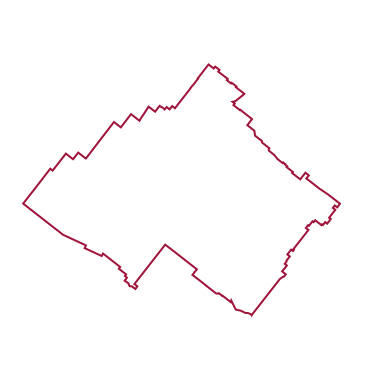 the district of Bruce Rock, Western Australia, Australia, rotated 218°
{"feature_id": "25037944B90464299025642", "entity_name": "Bruce Rock", "entity_type": "district", "adm_level": 2, "iso_a3": "AUS", "parent_name": "Australia", "parent_adm1": "Western Australia", "projection": "mercator", "projection_center": [117.956, -31.966], "detail": "fine", "context": "isolated", "style": "outline", "palette": "rose", "viewbox_px": 384, "rotation_deg": 218, "n_neighbors": 0, "source": "geoboundaries", "source_scale": "gbopen_adm2", "svg_char_len": 4827}
<svg xmlns="http://www.w3.org/2000/svg" viewBox="0 0 384 384"><g transform="rotate(218 192 192)"><path d="M69.1,131.5L69.2,132.2L69.2,134.1L69.2,135.4L69.2,138.5L69.2,140.8L69.2,142.0L69.2,143.5L69.2,146.5L69.2,147.3L69.2,150.9L69.2,152.3L69.2,157.3L69.2,160.7L69.2,161.4L69.2,162.1L69.2,163.2L69.2,164.5L69.2,165.4L69.2,167.7L69.2,170.0L69.2,170.7L69.2,174.5L69.2,175.6L69.2,176.0L69.2,176.6L69.2,176.9L69.2,177.1L69.2,177.3L69.2,177.5L69.1,177.9L68.9,178.5L68.5,180.0L68.1,181.1L68.1,181.3L68.0,181.5L67.9,181.6L67.6,181.8L67.4,182.0L67.4,184.9L67.5,184.9L68.2,184.9L70.7,184.9L72.1,184.9L72.1,185.8L72.1,186.9L72.1,187.0L72.1,187.5L72.1,187.8L72.1,188.0L72.0,188.5L72.0,192.5L74.7,192.5L74.7,192.8L74.7,194.6L74.7,195.3L74.8,195.5L75.0,195.8L75.2,196.0L75.3,196.1L75.3,197.1L75.3,197.9L75.3,198.4L75.3,199.2L75.3,200.0L75.3,201.5L78.4,201.5L78.4,207.6L76.1,207.6L76.1,209.2L76.9,209.2L76.9,209.3L76.9,221.9L76.9,233.7L80.1,233.7L80.1,237.3L79.0,237.3L79.0,243.1L77.6,243.1L77.6,245.6L75.2,245.6L69.6,245.6L69.6,246.6L68.5,246.6L68.5,250.3L66.0,250.3L66.0,256.1L68.1,256.1L68.1,261.1L68.1,263.2L68.1,266.2L70.0,266.2L71.2,266.2L71.2,269.3L68.1,269.3L68.1,270.8L68.2,273.9L72.1,273.9L80.7,273.8L82.1,273.9L93.7,273.1L107.9,273.1L108.3,273.1L109.0,273.0L110.2,273.0L110.2,274.4L110.2,277.0L114.5,277.0L114.5,268.6L124.8,268.6L124.8,269.9L130.0,269.9L132.8,269.9L132.8,270.9L135.6,270.9L135.6,271.4L138.3,271.4L138.3,270.6L141.5,270.6L144.9,270.6L147.7,271.3L148.2,271.4L148.6,271.5L148.8,271.6L149.1,271.7L149.5,271.8L156.3,271.9L156.5,271.9L156.8,272.0L157.0,272.1L157.3,272.2L157.4,272.3L157.5,272.4L157.6,272.6L157.8,272.9L157.9,273.0L157.9,273.3L158.0,273.5L158.0,273.8L158.0,274.1L167.1,274.1L167.3,274.2L167.5,274.3L167.6,274.5L167.8,274.8L167.9,275.0L168.0,275.1L168.3,275.2L176.8,275.2L177.0,275.2L177.1,275.3L177.7,275.9L179.6,277.7L180.6,278.7L184.1,278.7L189.5,278.7L189.6,286.4L204.7,286.5L204.7,286.0L212.8,286.0L212.8,288.0L215.6,288.0L213.7,290.4L211.2,301.2L211.2,301.6L219.1,301.6L222.0,301.6L222.0,302.5L228.0,302.5L228.0,301.6L233.4,301.6L233.4,303.1L234.5,303.1L245.4,303.0L245.5,305.1L250.9,305.1L250.9,302.7L257.5,302.7L257.4,285.1L257.0,285.1L257.0,280.4L257.0,278.6L257.2,273.2L257.0,272.7L257.0,247.5L260.5,247.5L260.5,247.3L260.5,243.3L264.3,243.3L264.4,240.1L264.5,240.1L265.1,240.4L265.3,240.4L268.0,240.3L269.1,240.0L270.5,240.0L270.6,237.5L270.5,234.0L270.5,233.9L270.5,232.6L278.8,232.5L278.2,226.5L277.6,218.2L277.2,215.8L288.0,215.8L288.0,215.4L287.9,205.3L287.9,203.9L287.9,203.0L287.9,200.5L287.9,200.3L287.9,200.2L287.9,199.1L289.5,199.1L289.9,199.1L291.1,199.1L291.8,199.1L292.5,199.1L295.4,199.1L296.6,199.1L296.4,172.7L296.2,153.1L296.3,153.0L297.8,153.0L299.4,153.0L300.9,153.0L305.2,153.0L305.9,153.0L305.9,144.6L315.0,144.6L315.0,142.2L315.0,140.0L315.0,136.5L315.0,131.6L315.0,130.8L315.0,129.2L315.0,127.1L315.0,124.5L315.0,123.1L316.2,123.1L318.0,123.1L318.0,114.3L317.9,105.7L317.9,87.8L317.9,78.9L304.9,78.9L292.1,78.9L285.6,78.9L267.3,78.9L267.2,78.9L242.8,84.6L242.7,84.6L242.0,81.7L223.7,86.0L224.3,88.7L222.9,88.7L220.6,88.7L216.5,88.7L212.3,88.7L207.3,88.7L205.2,88.7L202.4,88.7L202.4,86.5L193.2,86.5L193.2,84.5L191.6,84.5L190.6,84.4L190.5,84.0L190.5,83.9L190.5,83.7L190.5,81.6L190.5,81.3L190.4,81.0L190.4,80.6L189.9,80.6L189.7,80.7L189.4,80.7L189.2,80.7L188.8,80.8L188.6,80.8L188.3,80.8L188.2,80.8L187.8,80.8L187.6,80.8L187.3,80.8L187.1,80.9L186.8,80.9L186.5,80.9L186.3,80.9L186.2,80.9L185.8,80.9L185.7,80.9L185.6,80.7L185.4,80.5L185.1,80.4L184.9,80.3L184.8,80.2L184.6,80.1L184.3,80.0L184.2,79.9L183.9,79.7L183.7,79.6L183.4,79.5L183.2,79.4L182.8,79.5L182.7,79.6L182.5,79.8L182.3,79.9L182.2,80.0L181.8,80.2L181.7,80.3L181.4,80.6L181.2,80.7L180.8,80.7L180.4,80.7L180.2,80.7L176.9,80.7L177.0,84.0L180.7,84.0L180.7,90.8L180.7,108.0L180.7,108.4L180.7,109.2L180.7,110.8L180.7,112.0L180.7,114.8L180.7,115.6L180.7,116.8L180.7,118.7L180.7,119.8L180.7,120.1L180.7,123.2L180.7,124.0L180.7,126.1L180.7,126.7L180.7,129.1L180.7,131.8L180.7,134.0L170.3,134.1L170.1,134.1L167.2,134.1L166.8,134.1L165.9,134.1L164.8,134.1L163.4,134.1L160.3,134.1L157.4,134.1L156.9,134.1L155.8,134.1L155.1,134.1L154.2,134.1L153.1,134.1L151.7,134.1L150.3,134.1L149.4,134.1L147.9,134.1L146.2,134.1L143.6,134.1L143.2,134.1L141.8,134.1L140.6,134.1L140.6,133.9L140.6,132.7L140.6,130.8L140.6,130.4L140.6,129.6L140.6,129.0L140.6,128.5L140.6,128.4L140.5,128.2L140.6,127.9L140.6,127.0L123.6,127.0L123.6,126.9L123.1,126.9L121.9,126.9L120.6,126.9L116.9,126.9L115.6,126.9L112.2,126.9L111.1,126.9L110.6,126.9L110.3,126.9L110.2,127.0L109.8,127.3L109.5,127.6L109.1,127.9L108.9,128.1L108.7,128.2L108.5,128.4L108.5,128.5L108.4,128.5L108.3,128.8L104.0,128.7L104.0,129.1L93.7,129.1L94.3,130.7L93.1,130.1L85.1,126.3L80.5,128.5L75.4,129.6L73.3,131.1L70.5,131.9L69.1,131.5Z" fill="none" stroke="#9f1239" stroke-width="2"/></g></svg>